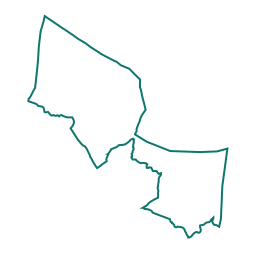 Santiago Ayuquililla, Oaxaca, Mexico, rotated 186°
{"feature_id": "50627088B92936623710949", "entity_name": "Santiago Ayuquililla", "entity_type": "district", "adm_level": 2, "iso_a3": "MEX", "parent_name": "Mexico", "parent_adm1": "Oaxaca", "projection": "mercator", "projection_center": [-97.985, 17.92], "detail": "fine", "context": "isolated", "style": "outline", "palette": "teal", "viewbox_px": 256, "rotation_deg": 186, "n_neighbors": 0, "source": "geoboundaries", "source_scale": "gbopen_adm2", "svg_char_len": 4679}
<svg xmlns="http://www.w3.org/2000/svg" viewBox="0 0 256 256"><g transform="rotate(186 128 128)"><path d="M105.0,50.1L104.5,50.1L104.2,50.1L103.9,50.0L103.6,49.6L103.3,49.3L103.0,49.3L102.6,49.3L102.4,49.2L102.2,49.2L101.9,49.4L101.8,49.5L101.3,49.5L101.1,49.3L100.5,49.2L99.4,49.2L99.1,49.0L98.1,48.9L96.9,48.4L96.7,48.3L96.1,48.1L95.6,47.7L95.3,47.3L95.0,46.8L94.7,46.5L94.4,46.3L93.9,46.3L92.6,45.8L76.8,41.7L76.7,41.3L76.5,40.9L76.2,40.2L76.0,39.5L75.7,39.1L75.1,38.9L74.6,38.9L74.4,38.0L73.8,37.9L73.3,37.7L72.9,37.1L72.5,36.9L72.1,36.6L71.9,36.1L71.5,35.3L71.2,34.7L70.6,34.4L69.9,34.3L69.4,34.4L68.9,34.8L68.4,35.1L66.8,35.0L66.0,35.0L64.1,34.9L63.7,34.8L63.3,34.6L62.8,34.4L62.3,34.1L61.9,33.6L61.4,33.2L61.0,32.6L60.7,31.8L60.3,31.0L59.8,30.5L59.2,29.8L59.0,28.8L58.8,28.6L58.6,28.3L58.3,27.8L57.9,27.5L57.5,27.2L57.2,26.8L57.1,26.4L57.0,26.1L57.0,25.8L56.9,25.5L56.4,25.5L56.0,25.4L55.9,25.5L55.6,25.5L55.2,25.8L54.5,26.2L53.9,26.6L53.5,27.1L53.1,27.7L52.9,28.2L51.6,29.9L50.9,30.7L49.7,31.5L49.0,31.7L48.1,31.6L46.8,31.2L46.5,31.2L45.8,31.7L45.4,32.2L45.0,32.9L44.9,33.5L45.0,34.4L45.3,35.3L45.6,35.9L45.8,36.6L46.1,37.6L46.1,38.6L44.5,39.2L43.6,39.3L43.1,39.5L42.6,39.8L42.1,40.2L41.1,41.3L40.7,41.6L40.1,42.1L39.6,42.4L38.9,42.5L38.1,42.7L37.4,43.0L36.8,43.4L36.4,43.9L36.1,44.4L35.9,45.0L35.6,45.7L34.9,46.4L34.3,47.1L33.7,47.9L33.6,47.4L33.7,47.0L33.7,46.6L33.9,46.1L34.1,45.7L34.3,44.6L34.4,44.1L34.3,43.4L34.0,42.9L33.7,42.4L33.3,42.0L32.9,41.4L32.6,41.0L32.0,40.7L30.5,40.8L30.0,40.6L29.4,40.4L28.9,40.3L28.0,39.8L27.4,39.5L27.0,39.3L26.1,47.4L26.5,54.0L26.5,54.4L26.6,55.2L27.1,63.6L28.1,80.2L27.8,90.9L27.5,99.6L27.0,117.9L37.0,114.0L44.1,113.0L53.6,111.6L56.3,111.4L83.6,109.5L97.2,113.3L97.5,113.4L106.2,115.8L107.6,116.1L107.9,116.3L110.2,117.4L120.3,122.3L120.2,123.1L120.1,123.3L119.7,124.5L119.1,125.5L119.1,125.9L119.4,127.8L119.1,129.1L118.1,132.9L117.4,135.0L116.5,139.3L115.7,141.8L112.4,148.0L115.2,155.8L115.4,156.2L115.7,157.2L116.0,157.7L116.3,158.6L117.0,160.5L119.3,167.8L120.4,169.7L120.9,175.9L121.1,177.6L121.7,178.0L122.2,178.4L126.4,181.7L127.3,182.4L132.9,187.1L135.6,187.8L139.7,189.1L141.6,189.6L142.5,190.2L146.0,192.5L147.7,193.1L148.0,193.1L154.9,195.8L161.9,198.6L171.1,203.3L173.0,204.2L179.0,207.8L186.9,211.4L192.9,214.9L194.5,215.7L202.2,219.8L203.5,220.4L222.5,230.6L222.6,229.5L222.8,228.1L222.9,226.6L225.0,214.9L225.2,199.7L224.9,193.6L224.7,188.7L224.6,186.5L224.5,177.1L224.5,175.6L224.5,175.1L224.5,173.1L224.5,172.9L224.5,172.3L224.5,172.0L224.5,169.0L224.5,166.1L224.5,164.8L224.5,163.4L224.6,161.5L224.6,159.7L224.6,158.2L225.3,156.7L228.6,148.3L228.7,148.2L228.8,148.0L229.0,147.6L229.9,146.6L229.9,145.1L229.8,144.2L223.6,142.8L221.3,142.1L219.6,140.6L218.9,140.4L218.0,140.5L217.3,140.4L215.9,140.3L215.0,140.0L214.0,139.1L213.9,138.8L212.6,135.1L210.8,135.1L209.2,135.6L208.9,135.3L206.6,133.1L205.7,132.4L205.2,132.4L204.4,132.6L204.2,132.7L203.9,132.8L203.3,133.1L202.2,132.7L201.3,132.5L200.9,132.6L199.4,133.3L197.8,132.4L196.8,133.4L195.5,133.9L194.9,133.7L193.4,133.0L191.5,132.6L189.2,132.2L185.6,132.6L184.5,132.7L182.8,130.1L182.3,127.7L182.9,125.1L184.2,122.9L185.0,121.7L184.5,121.0L176.6,111.1L171.7,106.4L168.8,105.1L168.5,104.8L168.2,104.5L167.9,104.2L167.7,104.0L167.6,103.9L167.4,103.6L166.0,101.6L165.4,100.6L165.2,100.3L165.1,100.2L164.8,99.6L164.7,99.4L164.5,99.1L164.0,98.3L163.6,97.7L163.2,97.0L163.2,96.9L162.6,95.5L162.5,95.4L162.4,95.2L162.2,95.0L162.2,94.9L161.9,94.7L161.6,94.4L161.4,94.0L161.2,93.7L160.7,93.0L159.7,91.4L158.4,89.6L157.5,88.5L154.9,85.2L154.6,84.9L152.3,86.7L151.7,87.3L150.5,88.4L150.4,88.6L149.7,89.4L145.7,92.7L145.9,93.5L146.2,94.6L146.2,94.9L146.2,95.4L146.1,96.0L145.7,97.1L145.2,98.7L144.8,100.1L145.3,100.1L144.7,100.6L144.8,100.5L144.7,100.7L142.6,104.5L142.6,105.1L142.4,105.2L139.6,106.7L137.2,107.9L135.2,110.0L132.9,110.4L132.1,110.5L129.0,111.5L126.2,113.9L123.9,116.8L121.9,117.9L120.8,117.1L121.1,115.7L120.7,114.4L121.1,111.6L120.9,111.0L121.1,109.5L120.3,108.8L120.2,107.3L121.0,105.4L120.9,104.1L121.7,102.5L121.1,101.3L121.0,100.1L121.5,99.9L121.6,99.1L121.0,98.5L120.2,97.2L119.5,97.2L117.0,97.5L116.6,96.9L114.9,95.7L113.8,95.1L112.7,94.7L111.3,94.4L110.4,94.7L109.3,94.9L108.3,94.9L107.3,94.8L106.6,94.7L106.0,94.6L105.1,94.1L105.6,92.2L105.2,90.4L103.8,90.3L102.8,91.2L101.9,91.0L100.7,91.0L99.5,88.9L98.8,87.9L97.5,88.1L97.2,88.1L94.8,88.0L94.0,86.7L92.4,85.6L90.5,86.5L90.3,85.0L91.8,82.3L92.2,80.5L91.9,78.4L92.1,75.1L92.1,73.2L92.3,71.3L91.3,68.8L91.2,68.5L91.3,66.8L91.1,64.7L90.9,61.8L94.3,59.7L97.8,57.1L98.3,56.6L99.4,55.6L100.9,53.4L102.1,52.2L103.6,51.3L104.1,50.7L105.0,50.1Z" fill="none" stroke="#0f766e" stroke-width="2"/></g></svg>